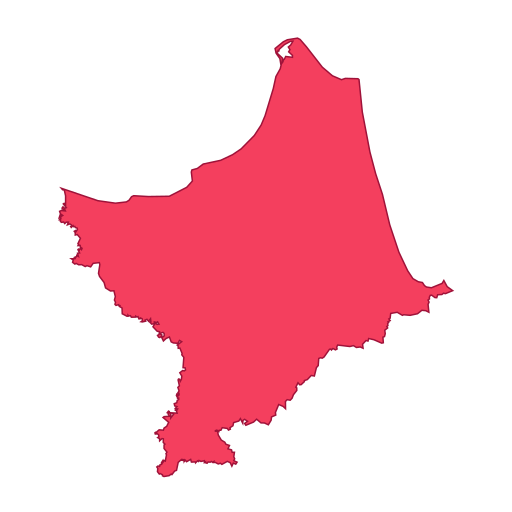 Necoclí, Antioquia, Colombia, rotated 87°
{"feature_id": "7082276B32018425198797", "entity_name": "Necoclí", "entity_type": "district", "adm_level": 2, "iso_a3": "COL", "parent_name": "Colombia", "parent_adm1": "Antioquia", "projection": "albers", "projection_center": [-76.605, 8.491], "detail": "fine", "context": "isolated", "style": "filled", "palette": "rose", "viewbox_px": 512, "rotation_deg": 87, "n_neighbors": 0, "source": "geoboundaries", "source_scale": "gbopen_adm2", "svg_char_len": 6102}
<svg xmlns="http://www.w3.org/2000/svg" viewBox="0 0 512 512"><g transform="rotate(87 256 256)"><path d="M300.9,61.4L296.6,66.7L290.3,69.7L293.1,71.6L296.9,82.5L295.9,87.4L294.4,89.3L291.2,91.2L290.2,95.3L286.8,100.5L278.7,105.3L259.7,113.1L231.9,120.8L201.1,126.5L180.1,132.2L158.1,136.8L117.8,142.3L85.2,143.9L84.3,144.9L83.3,157.5L84.4,161.4L80.0,170.3L70.9,179.9L49.7,194.7L42.1,200.6L40.6,203.1L41.7,213.4L43.5,217.5L49.8,226.1L54.6,225.3L60.1,221.8L66.6,221.1L65.6,221.0L62.7,218.9L62.7,219.7L59.9,219.1L53.7,225.1L53.2,223.5L52.0,223.2L52.4,222.5L50.7,221.9L46.3,216.4L43.4,210.2L43.4,207.9L47.1,210.3L49.0,212.8L51.7,211.3L53.8,212.7L57.6,209.1L59.5,209.2L58.3,215.9L61.0,217.4L61.3,218.7L63.3,218.8L65.5,220.6L70.3,222.0L77.8,226.7L89.8,230.0L116.4,239.6L125.5,244.0L135.6,251.4L148.3,265.3L153.6,274.1L158.6,286.3L161.4,303.9L165.5,310.0L166.7,315.5L168.8,316.2L177.8,315.6L183.8,321.6L191.8,339.5L191.0,360.4L189.4,375.0L190.3,377.2L193.7,379.9L195.2,382.6L195.9,393.6L192.5,411.0L178.2,446.8L179.7,445.7L180.1,444.0L186.0,443.0L195.0,443.5L193.4,444.9L193.9,445.7L197.8,442.9L198.4,444.5L196.8,446.2L197.9,447.1L198.8,447.1L199.7,444.5L201.0,444.0L200.4,448.0L201.1,449.8L203.6,449.1L205.4,446.9L206.2,448.4L205.1,449.6L207.7,450.6L207.4,449.0L208.4,448.9L209.6,450.4L209.9,449.3L211.3,449.5L212.2,448.5L212.0,446.3L213.6,445.3L212.3,443.8L212.4,441.6L215.0,442.7L214.2,440.3L215.3,438.6L216.5,438.1L216.8,439.5L217.8,439.0L216.1,437.0L217.2,436.5L217.0,435.4L218.1,434.9L218.8,433.1L220.1,432.9L222.0,434.3L221.1,434.8L221.8,436.2L223.1,435.3L225.6,435.4L225.2,433.4L229.1,430.4L234.4,433.2L235.1,432.5L236.3,433.2L236.3,431.0L237.7,431.0L239.2,429.3L240.5,429.9L239.0,431.1L240.7,432.0L239.8,433.0L240.3,433.5L243.7,432.0L243.9,434.1L247.1,433.4L246.0,435.0L247.1,435.2L247.8,437.1L248.3,436.3L249.2,436.8L249.1,440.5L250.5,438.7L252.7,439.5L254.6,437.3L254.0,436.0L255.5,433.5L255.5,430.5L257.6,427.1L256.8,425.3L258.2,421.7L254.8,419.0L254.4,412.8L256.4,412.4L265.1,414.2L268.3,413.3L274.5,409.1L280.0,407.9L283.3,403.2L283.3,399.7L289.2,398.6L292.6,399.7L294.8,398.7L296.9,399.4L298.0,398.4L297.4,395.7L298.5,395.5L298.5,394.5L299.4,394.8L300.9,392.5L306.7,392.6L309.4,388.0L309.4,386.9L308.4,386.9L309.2,386.2L309.0,384.5L310.6,383.7L310.7,379.7L309.7,379.3L310.7,378.2L310.3,377.0L312.7,376.2L312.6,374.9L311.8,374.7L312.7,373.0L314.7,372.8L315.6,374.2L315.9,372.9L315.3,369.6L314.2,370.1L313.5,368.2L315.5,366.7L313.1,364.6L316.2,364.4L316.3,365.7L318.6,363.7L318.2,361.2L316.5,361.0L317.2,358.8L316.6,357.7L319.0,356.5L319.1,358.4L317.9,360.3L321.3,362.6L326.0,358.6L326.5,356.3L329.4,357.0L330.1,358.5L331.9,357.5L332.4,356.4L331.0,354.3L329.9,354.1L329.2,355.4L328.0,355.2L327.4,352.9L328.5,351.8L330.9,351.8L332.7,354.3L336.0,352.9L333.6,350.0L332.4,346.7L337.3,345.2L338.5,343.1L339.1,338.6L336.3,336.8L337.7,334.7L340.8,339.3L341.3,338.5L344.1,338.5L344.0,336.8L349.5,334.9L350.8,335.3L353.4,333.4L363.7,334.7L364.0,332.6L366.1,332.3L367.0,333.7L366.5,335.2L368.6,338.2L372.0,336.4L375.1,336.9L377.1,338.1L375.0,338.8L374.8,339.8L375.7,340.3L381.6,339.3L383.1,340.9L386.7,339.9L388.4,341.1L389.0,340.1L390.2,340.1L389.6,342.2L391.1,342.8L392.0,342.4L391.0,341.5L391.3,340.8L392.2,341.8L393.9,341.8L393.8,340.7L395.2,340.7L396.1,342.2L398.4,342.8L399.2,345.4L401.5,345.0L402.2,342.8L403.9,344.5L404.6,342.2L405.7,343.0L405.4,345.3L406.3,343.6L408.8,343.0L408.2,348.4L409.8,346.6L413.3,349.6L408.8,349.3L408.0,351.0L406.8,350.7L406.3,351.5L407.7,352.7L407.9,351.3L409.0,352.1L411.5,350.7L411.6,356.2L412.4,357.3L417.5,351.9L421.4,354.1L423.0,356.8L425.1,357.6L424.5,361.8L426.6,364.5L427.7,364.4L426.8,365.6L427.3,366.2L428.5,365.9L428.5,363.7L429.5,362.6L431.4,362.5L432.2,363.7L433.3,361.9L435.5,361.9L433.4,359.4L433.7,358.1L437.4,358.4L439.1,356.8L439.9,357.7L443.4,357.9L447.2,355.2L448.8,356.3L449.8,355.8L456.0,357.3L455.4,358.4L457.1,359.7L455.5,359.8L457.4,361.2L459.1,361.2L459.5,362.8L461.1,363.3L460.6,364.9L461.5,366.1L463.0,365.2L466.2,365.7L468.7,364.0L468.3,363.1L469.5,360.9L470.6,360.9L471.4,359.5L470.8,354.2L469.3,352.1L469.9,351.4L466.5,348.5L465.9,346.6L458.0,344.5L455.2,340.9L455.6,339.0L456.2,339.8L456.3,338.7L457.2,338.6L456.2,338.1L456.9,337.8L456.3,337.2L457.8,336.1L455.7,331.9L458.4,331.3L458.5,327.1L459.3,327.1L457.5,325.1L458.2,324.1L457.2,323.6L458.3,321.7L457.7,318.3L459.6,318.4L458.9,317.1L459.9,317.1L460.4,315.7L459.2,314.6L459.5,312.5L458.8,311.4L459.6,310.4L459.0,308.9L460.0,309.3L460.0,307.4L461.7,304.6L461.1,302.4L462.3,301.0L459.6,295.4L461.0,292.6L464.6,291.1L461.6,289.5L462.8,287.1L460.9,285.7L459.2,288.9L457.4,287.9L455.4,288.7L450.9,287.8L450.8,290.1L448.3,290.6L447.1,294.1L443.8,292.4L442.4,295.9L440.3,296.9L438.0,300.3L432.9,303.0L429.0,303.6L428.8,305.7L428.3,305.7L427.8,304.2L429.4,302.3L428.1,301.8L428.2,300.2L425.7,298.7L426.7,293.6L428.4,292.6L427.6,290.7L426.1,291.0L424.3,287.9L421.2,287.1L419.9,281.8L417.6,280.1L422.3,278.0L419.5,277.6L418.5,275.9L420.6,273.1L422.6,276.1L424.5,275.0L421.7,267.1L419.0,263.9L422.9,259.8L423.2,256.3L425.2,252.5L420.8,249.5L417.5,248.9L415.9,244.6L413.3,244.8L405.5,241.1L407.6,236.8L410.0,234.5L402.8,234.2L401.1,232.4L401.8,229.4L399.9,227.4L396.5,225.9L392.4,222.3L389.8,222.2L389.1,223.1L384.8,220.7L386.9,219.1L386.8,217.6L384.0,214.3L382.9,214.2L382.1,211.2L378.2,207.1L378.9,204.0L370.6,201.5L368.7,199.6L361.6,198.7L361.0,196.8L361.5,195.2L360.4,193.3L353.0,187.5L352.9,186.1L353.8,185.6L352.4,184.0L353.9,181.6L353.1,179.9L351.2,180.2L349.2,179.1L351.3,167.0L350.6,163.4L352.6,160.5L352.3,156.7L353.7,153.9L349.7,154.2L346.2,150.6L346.8,148.6L344.3,147.8L345.8,142.6L349.6,135.0L349.3,133.4L343.7,133.5L343.2,131.9L340.3,131.0L336.9,131.3L334.7,128.3L333.2,129.1L332.4,127.9L330.4,128.1L329.2,127.0L328.6,127.6L327.5,125.4L325.8,126.6L325.1,125.3L320.4,124.5L319.6,117.9L322.9,112.9L322.4,111.6L323.3,105.2L322.1,97.7L318.9,93.2L319.5,89.3L321.2,86.3L313.3,86.7L311.1,85.6L309.0,86.5L307.9,85.0L306.3,85.1L304.4,84.0L304.3,82.6L306.9,79.5L307.1,77.7L304.2,76.6L304.2,72.4L303.0,70.7L303.5,68.8L300.9,61.4Z" fill="#f43f5e" stroke="#9f1239" stroke-width="1.5"/></g></svg>